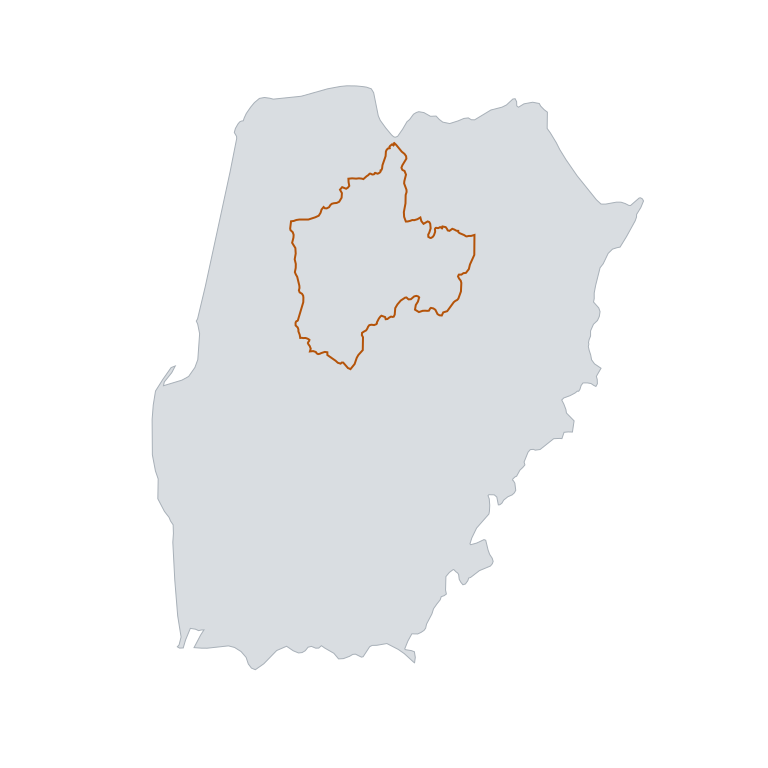 Masovian on a map of Poland (Equal Earth projection), rotated 280°
{"feature_id": "POL-3148", "entity_name": "Masovian", "entity_type": "Voivodeship", "adm_level": 1, "iso_a3": "POL", "parent_name": "Poland", "parent_adm1": "", "projection": "equal_earth", "projection_center": [21.23, 52.228], "detail": "fine", "context": "in_parent", "style": "outline", "palette": "amber", "viewbox_px": 768, "rotation_deg": 280, "n_neighbors": 0, "source": "natural_earth", "source_scale": "10m", "svg_char_len": 7159}
<svg xmlns="http://www.w3.org/2000/svg" viewBox="0 0 768 768"><g transform="rotate(280 384 384)"><path d="M656.0,411.3L659.4,416.6L660.7,420.8L659.4,424.1L659.9,427.4L672.4,441.7L677.1,452.1L680.1,456.2L687.0,461.4L687.7,463.6L685.0,465.6L681.0,466.4L679.9,468.3L684.2,473.2L687.3,481.5L687.2,488.2L684.9,490.0L682.0,494.0L680.1,497.7L664.0,500.3L660.2,504.2L651.4,511.9L645.5,516.3L636.6,524.2L622.6,538.0L602.3,561.2L598.9,566.5L599.6,570.9L603.4,581.2L604.2,585.9L603.6,590.2L602.4,594.1L602.6,595.8L611.5,603.0L611.9,604.4L611.1,606.4L609.3,607.8L602.5,606.3L594.8,603.3L592.3,603.7L588.2,603.0L571.2,597.2L559.8,592.7L558.7,589.8L556.5,585.6L551.6,582.1L540.5,579.0L536.0,576.6L518.0,575.3L510.1,575.2L504.6,576.2L501.1,576.1L496.2,582.3L492.8,584.2L487.9,584.3L483.6,583.2L479.2,579.9L472.2,578.2L467.1,579.1L463.3,578.3L460.1,578.2L459.0,578.8L456.4,578.7L452.6,580.3L448.5,582.5L443.9,584.2L440.4,587.8L437.2,595.0L428.4,591.8L425.5,593.2L421.3,594.1L418.4,593.1L419.1,590.7L420.4,587.9L420.4,584.0L419.6,579.8L416.9,578.4L412.8,577.9L410.7,577.0L410.5,575.6L408.4,573.8L404.8,569.2L401.5,563.5L399.1,561.8L395.6,564.5L390.4,567.6L387.1,568.7L380.7,577.6L369.4,577.9L368.8,573.7L367.7,569.7L361.1,568.7L360.9,566.4L359.6,560.6L346.6,549.1L345.1,544.4L345.6,542.6L344.8,539.5L341.9,537.7L331.5,535.5L328.8,536.8L326.4,535.5L322.7,532.8L316.2,530.6L315.5,529.4L313.1,527.5L311.8,527.2L311.0,528.4L309.0,530.1L302.2,532.2L299.5,531.3L297.1,529.5L294.4,525.5L290.4,522.0L287.1,520.8L285.2,519.0L284.8,517.6L292.3,514.7L294.0,511.8L293.2,506.5L292.1,505.8L289.1,507.6L282.9,509.2L277.1,509.9L274.2,509.9L258.2,500.2L247.7,497.2L241.5,496.4L240.8,497.3L243.4,502.8L248.1,509.5L247.8,511.3L238.6,515.3L234.6,517.6L231.2,520.8L228.3,522.3L225.8,521.9L223.2,520.4L216.8,510.4L208.5,502.8L207.6,501.1L204.9,500.7L201.2,498.9L200.0,496.6L202.0,494.2L204.7,492.0L209.3,490.6L210.7,489.3L211.6,487.4L213.4,484.9L212.9,484.0L209.8,481.1L205.1,478.4L191.7,480.4L188.0,481.9L186.0,480.0L184.5,477.3L181.2,476.8L176.6,474.3L171.3,471.8L165.9,471.1L155.0,467.6L150.7,467.4L148.3,466.2L145.8,463.6L143.7,460.6L142.8,454.8L134.8,452.1L126.7,450.4L126.1,451.3L126.2,457.2L125.6,460.4L120.2,462.3L114.8,462.5L115.2,461.5L122.0,450.8L125.1,444.1L128.9,431.9L125.4,422.2L124.5,417.7L122.8,415.5L111.8,410.8L111.1,409.2L113.0,402.8L112.3,400.2L109.8,397.3L106.5,391.7L105.4,387.0L110.1,381.4L113.6,371.7L115.4,367.8L112.6,365.6L112.0,362.6L113.0,358.1L111.6,354.9L107.7,352.8L105.3,350.0L104.3,346.5L105.5,341.0L108.8,333.6L102.9,324.6L87.6,314.2L80.3,306.9L81.2,302.8L84.7,299.0L90.8,295.7L95.7,289.7L98.6,282.6L99.1,276.3L93.1,255.7L92.2,250.5L91.4,242.7L104.9,247.0L110.6,249.4L110.0,246.7L108.9,244.3L109.8,240.9L109.7,235.7L97.4,233.0L89.2,232.1L88.4,228.5L89.3,226.1L91.5,227.5L99.6,228.1L119.8,221.1L154.6,212.0L191.5,203.5L200.1,202.6L208.7,200.8L212.0,197.6L215.3,195.5L220.4,189.9L231.7,181.2L251.3,178.1L258.7,174.0L274.0,168.2L308.8,161.8L323.3,160.4L337.4,160.2L349.9,165.3L363.2,171.5L365.5,175.3L358.3,173.0L347.9,167.3L344.0,167.1L352.7,184.3L357.5,190.3L367.4,194.9L375.7,196.4L401.5,193.7L410.7,190.1L413.4,188.2L415.7,189.1L449.4,191.1L566.6,195.6L600.2,196.3L602.3,195.8L605.7,192.9L609.9,193.3L614.9,195.1L617.2,196.5L618.2,198.0L618.8,199.7L621.6,200.1L626.5,201.4L633.3,204.5L638.6,207.5L643.6,211.7L645.4,216.5L645.6,222.0L645.3,225.5L653.0,252.5L664.9,277.2L669.4,289.2L671.2,295.6L672.7,304.9L673.2,311.5L673.3,315.2L672.5,320.2L669.1,323.2L647.1,331.8L643.0,334.5L636.5,341.2L630.6,348.2L629.2,350.5L628.9,352.1L630.2,354.4L638.2,358.1L646.3,361.1L648.9,363.3L654.8,366.2L657.0,368.7L658.2,371.0L658.2,376.2L655.7,383.3L656.9,388.8L654.2,392.4L652.1,396.4L651.9,403.5L656.0,411.3Z" fill="#d9dde1" stroke="#a8b0b8" stroke-width="1"/><path d="M528.1,264.2L528.9,266.8L530.3,269.2L531.3,272.2L532.8,280.9L536.2,287.3L538.4,290.5L541.6,291.8L545.0,292.2L547.8,293.8L546.8,295.2L547.0,297.1L548.6,299.2L550.9,300.1L552.4,301.3L553.3,303.2L554.1,306.0L555.7,308.2L560.1,309.9L564.7,309.4L567.7,306.9L570.6,308.6L569.7,312.8L571.2,314.4L573.1,315.4L576.5,314.1L580.0,313.3L581.0,316.9L581.4,320.9L582.2,323.6L582.4,326.4L582.2,328.1L585.6,330.8L586.9,332.2L588.3,333.1L588.7,333.5L588.8,334.3L588.6,334.9L588.4,335.5L588.3,336.2L588.6,337.2L588.9,337.8L589.4,338.2L590.2,338.3L590.4,338.6L590.0,341.2L590.5,342.0L591.5,343.1L592.7,343.8L593.8,343.5L594.5,344.4L596.0,344.7L599.2,344.5L608.7,346.0L613.4,345.5L615.2,346.0L616.6,347.0L617.2,348.7L618.5,348.2L619.6,348.7L621.4,350.3L621.1,350.7L620.8,351.5L620.6,351.9L621.6,352.4L622.6,352.1L623.5,351.6L621.6,354.5L615.9,361.1L614.2,364.2L612.2,366.2L609.8,366.9L602.6,364.1L600.1,363.6L599.0,364.2L598.0,365.0L597.7,366.0L597.4,367.2L594.0,369.3L587.3,368.8L585.0,369.0L579.2,372.4L577.0,372.9L573.9,372.5L565.6,373.8L556.7,373.7L552.1,374.8L547.8,377.3L548.2,379.2L549.2,381.4L550.4,383.4L550.6,385.4L552.1,388.3L554.3,390.9L550.9,392.5L548.6,395.1L551.7,398.8L551.3,400.5L549.8,401.7L545.4,402.9L541.0,402.3L538.8,401.6L536.6,402.1L535.9,404.1L536.0,404.9L536.8,405.9L537.7,406.7L539.4,407.4L542.6,407.9L543.6,407.8L545.1,407.3L545.7,407.3L546.7,407.8L546.9,408.5L546.8,409.4L547.0,410.5L548.1,411.8L548.3,412.8L547.4,413.7L547.4,414.2L549.3,414.3L549.2,417.5L547.7,419.1L546.3,420.1L546.2,421.9L548.7,424.3L548.3,426.5L547.5,428.8L547.7,430.5L547.0,430.6L546.4,430.9L545.7,432.2L544.6,437.0L544.1,438.2L543.8,438.8L543.7,439.7L543.9,440.3L544.5,441.7L545.0,444.2L546.5,447.2L526.8,450.5L516.6,447.9L511.9,447.6L507.7,445.4L507.3,444.3L507.0,443.0L505.2,441.3L504.7,438.7L502.8,438.2L500.9,439.6L499.1,441.6L497.0,442.6L488.5,443.7L481.0,442.4L479.5,441.5L478.2,439.8L476.7,438.5L466.7,433.6L464.8,429.9L461.5,429.0L461.3,426.7L462.1,424.6L466.0,421.7L467.0,419.5L467.1,417.0L466.3,416.3L464.0,415.5L463.6,414.2L463.3,411.7L462.8,409.4L460.9,405.9L462.6,401.6L467.3,401.6L471.0,403.1L475.4,403.6L476.2,402.3L476.4,400.5L475.5,398.5L472.2,395.8L471.6,393.6L472.0,392.7L472.6,391.9L473.1,391.1L472.7,389.8L469.1,386.0L464.7,383.4L460.7,381.9L454.2,382.5L452.0,381.9L451.5,380.7L451.6,379.2L450.2,377.5L448.6,376.1L448.1,374.4L450.1,373.5L450.8,369.6L449.9,368.8L447.6,367.6L443.4,366.3L442.4,366.5L441.6,366.1L440.3,364.0L440.2,361.3L439.4,359.3L437.7,358.4L435.6,357.9L433.7,357.1L432.2,355.2L430.6,353.5L428.3,353.7L426.4,355.2L413.7,357.2L408.1,353.7L405.0,352.6L398.6,351.6L392.8,348.4L393.2,347.1L393.4,345.8L398.0,340.1L397.8,338.7L396.5,337.7L396.9,334.8L398.5,332.3L402.7,323.2L405.4,322.7L405.3,320.1L403.6,316.9L402.6,315.5L402.0,313.9L402.5,312.4L403.7,311.3L404.1,308.5L403.2,305.4L406.1,305.7L408.7,304.1L409.8,302.8L411.1,301.9L412.3,302.2L413.4,302.8L414.5,302.9L415.1,301.7L415.5,300.2L415.7,298.7L415.2,296.4L415.2,294.9L414.8,293.5L417.9,292.4L420.9,290.6L422.9,290.2L424.7,289.2L426.3,286.8L428.7,286.3L429.7,286.4L430.7,286.9L431.0,287.6L431.6,288.1L450.6,290.3L455.2,289.6L457.0,289.0L458.6,287.6L459.6,285.0L461.5,283.9L463.8,284.1L466.0,283.6L474.5,279.9L476.5,278.2L478.7,276.8L483.0,276.9L486.9,276.3L491.3,274.4L497.1,274.4L502.5,273.1L507.1,269.0L512.4,269.4L515.2,269.1L517.6,267.8L519.3,265.2L520.8,264.6L528.1,264.2Z" fill="none" stroke="#b45309" stroke-width="2"/></g></svg>